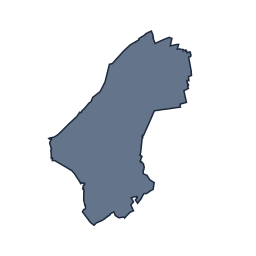 outline of Oost Gelre, Gelderland, Netherlands, rotated 127°
{"feature_id": "6326949B14746405768103", "entity_name": "Oost Gelre", "entity_type": "district", "adm_level": 2, "iso_a3": "NLD", "parent_name": "Netherlands", "parent_adm1": "Gelderland", "projection": "equal_earth", "projection_center": [6.593, 52.015], "detail": "fine", "context": "isolated", "style": "filled", "palette": "slate", "viewbox_px": 256, "rotation_deg": 127, "n_neighbors": 0, "source": "geoboundaries", "source_scale": "gbopen_adm2", "svg_char_len": 4866}
<svg xmlns="http://www.w3.org/2000/svg" viewBox="0 0 256 256"><g transform="rotate(127 128 128)"><path d="M184.1,185.0L184.0,184.6L184.0,184.3L183.9,183.7L183.7,183.2L183.1,182.7L182.9,182.4L186.4,181.9L186.5,181.9L186.8,181.7L187.1,181.5L187.5,181.1L188.5,179.7L188.7,179.4L188.8,179.2L189.9,178.0L190.1,177.6L190.3,177.2L190.3,176.9L190.5,176.5L191.3,176.6L191.6,176.6L192.1,176.2L192.7,175.9L192.7,175.7L194.1,174.5L195.0,173.7L195.5,173.3L197.4,171.7L197.5,171.8L198.4,171.0L197.4,170.2L197.6,170.0L198.0,170.0L198.1,169.9L198.6,169.6L199.0,169.3L199.6,168.8L199.5,168.7L198.8,167.8L198.7,167.8L198.1,166.9L196.5,153.1L196.2,150.2L195.9,147.2L196.1,146.1L196.5,144.1L197.0,142.4L198.1,139.4L198.8,137.5L199.0,136.7L199.9,134.4L200.5,133.2L199.9,132.8L200.6,132.4L200.7,132.2L200.8,132.1L200.2,131.8L199.9,131.7L199.7,131.5L199.5,131.2L199.1,131.0L199.0,130.6L198.8,130.4L198.8,130.2L198.7,129.9L198.3,129.8L198.2,129.7L198.4,129.3L198.7,129.2L199.1,129.1L199.3,128.9L199.2,128.6L199.3,128.5L200.1,128.7L200.5,129.1L200.8,129.1L202.3,128.4L202.6,128.2L202.6,127.9L202.5,127.7L203.1,127.6L203.7,127.7L204.0,127.2L204.2,126.9L204.1,126.6L203.9,126.5L203.8,126.4L204.0,125.8L204.4,125.5L204.5,125.4L204.5,125.5L207.6,123.4L212.5,119.8L214.1,117.7L215.7,116.0L215.4,115.8L215.5,115.4L216.0,114.9L216.8,114.4L217.3,113.8L217.6,113.7L218.1,113.6L218.5,113.6L218.8,113.5L219.4,113.8L219.8,114.3L222.3,114.0L222.7,112.8L222.8,112.2L223.4,110.1L223.5,109.9L224.6,106.2L225.1,104.4L225.2,104.1L225.2,103.9L225.3,103.8L226.0,101.4L226.1,96.6L222.7,96.1L218.1,93.4L216.7,92.8L214.7,92.0L214.2,91.9L213.0,91.7L212.9,91.8L211.9,91.3L211.6,91.3L210.9,91.1L210.6,91.0L210.7,90.9L207.9,90.1L207.6,90.3L207.0,90.3L206.9,90.4L204.4,89.2L204.1,89.0L203.6,88.8L203.6,88.7L203.6,88.4L203.6,88.2L205.0,86.2L205.4,85.9L205.5,85.7L205.5,84.6L205.4,83.6L205.4,82.9L205.4,83.0L205.4,82.4L205.4,82.2L204.8,80.7L204.7,80.5L204.1,80.1L203.4,79.7L202.5,78.4L202.0,78.0L201.5,76.9L201.4,76.8L201.5,76.7L201.4,76.7L201.3,76.4L201.2,76.4L198.7,76.3L197.2,76.1L195.6,75.8L195.3,75.8L194.8,75.8L194.5,75.8L194.0,75.6L190.8,73.8L189.6,76.1L189.2,76.7L187.7,79.5L183.9,79.1L183.7,79.1L181.9,83.3L181.6,82.9L179.9,82.3L179.8,82.1L177.6,79.9L178.0,79.6L177.6,79.1L177.9,78.8L178.1,78.6L181.0,78.8L182.3,75.0L177.2,75.0L177.2,74.9L175.6,75.1L175.3,75.1L175.2,75.1L174.8,75.3L171.5,75.8L171.2,75.8L170.8,75.7L169.2,73.8L169.0,73.7L164.1,72.0L163.8,71.9L161.9,71.0L155.9,74.2L156.0,76.0L156.1,76.5L156.1,77.2L156.2,79.1L156.2,79.3L156.1,79.6L155.9,80.4L154.5,84.0L154.4,84.5L154.5,84.8L155.1,87.1L155.4,88.5L155.5,88.5L155.1,88.6L153.7,89.5L153.3,90.2L153.2,90.3L152.9,90.4L151.9,90.2L151.8,90.5L151.7,90.5L150.0,91.2L149.6,91.4L148.7,92.6L148.5,92.9L148.2,93.1L147.9,93.3L147.7,93.5L147.6,93.8L147.3,94.4L147.3,94.5L147.2,94.6L147.6,96.9L147.3,96.9L147.4,97.0L147.0,97.4L146.9,97.5L147.2,97.7L147.4,98.2L146.9,98.5L146.2,98.7L142.7,99.6L142.9,99.9L142.6,100.0L142.2,100.4L142.3,100.5L142.5,100.6L142.5,101.0L142.4,101.3L142.4,101.7L142.4,101.8L142.2,101.9L142.1,102.0L142.0,101.9L141.9,102.0L142.1,102.3L141.1,102.6L139.4,103.5L134.5,106.4L128.6,110.0L126.3,110.6L126.2,111.0L126.4,111.6L125.2,111.9L124.9,111.9L124.7,111.7L124.4,111.3L124.4,111.2L110.0,114.5L98.4,117.3L97.8,116.7L94.2,113.2L91.9,110.9L90.3,109.2L89.1,108.0L89.0,107.9L85.4,104.3L85.3,104.2L85.2,104.2L79.8,98.7L77.6,100.8L72.4,96.7L64.6,105.8L60.0,103.6L58.8,105.7L57.7,105.2L56.9,106.0L57.3,106.4L56.2,107.6L56.3,107.9L54.6,109.6L53.5,107.8L50.7,110.6L47.8,108.9L45.6,110.9L44.2,112.1L37.4,119.5L34.9,122.2L33.3,121.4L33.4,121.2L32.5,121.1L31.5,122.3L31.4,122.2L30.0,123.9L30.1,124.1L29.9,124.3L30.1,124.6L30.4,124.9L31.7,125.5L31.7,125.8L32.4,126.2L31.2,127.4L31.9,127.9L30.9,128.8L32.9,130.1L32.2,130.2L32.2,130.4L32.2,131.5L33.2,132.8L33.8,134.4L35.4,136.2L31.6,137.5L30.8,137.8L31.3,138.6L31.6,139.0L37.0,143.7L30.0,146.9L29.9,147.0L30.7,148.3L30.7,149.6L35.3,152.4L41.1,155.6L43.2,156.8L43.4,157.0L43.9,157.3L44.1,157.3L41.0,162.3L40.6,162.1L38.2,164.8L37.9,165.3L37.4,166.3L36.5,167.6L37.1,167.9L38.4,168.8L41.9,170.4L42.1,170.5L43.7,170.7L44.4,170.9L44.8,171.0L45.3,171.2L46.7,171.9L47.9,172.3L49.0,172.7L50.3,173.0L50.8,172.3L53.9,173.6L54.7,173.7L54.7,173.9L60.4,176.3L69.4,177.8L70.0,177.9L78.2,178.6L80.0,178.8L86.0,179.3L87.8,180.8L88.3,181.2L105.2,174.0L109.3,173.3L111.9,172.8L112.1,172.8L115.7,172.2L115.8,172.2L121.3,173.7L121.6,173.7L124.7,174.6L128.9,173.5L129.3,173.5L130.0,173.5L130.5,173.7L130.9,174.0L130.7,174.1L138.2,174.5L138.2,174.4L141.6,175.1L142.7,175.0L143.7,174.6L143.8,174.8L144.0,174.8L144.3,176.0L147.1,176.0L147.8,175.9L148.5,175.8L149.3,175.7L150.7,176.0L160.2,177.7L166.0,178.5L169.8,179.0L175.3,179.9L178.4,181.0L179.8,181.6L182.1,183.6L182.3,183.8L182.6,183.9L182.6,184.0L183.0,184.4L183.3,184.6L183.5,184.7L184.0,185.0L184.1,185.0Z" fill="#64748b" stroke="#1e293b" stroke-width="1.5"/></g></svg>